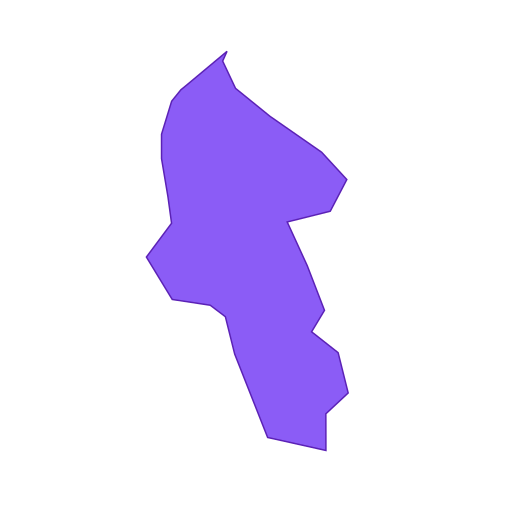 Jung-gu, Daejeon, South Korea, rotated 346°
{"feature_id": "91817680B30301323398004", "entity_name": "Jung-gu", "entity_type": "district", "adm_level": 2, "iso_a3": "KOR", "parent_name": "South Korea", "parent_adm1": "Daejeon", "projection": "albers", "projection_center": [127.417, 36.272], "detail": "fine", "context": "isolated", "style": "filled", "palette": "violet", "viewbox_px": 512, "rotation_deg": 346, "n_neighbors": 0, "source": "geoboundaries", "source_scale": "gbopen_adm2", "svg_char_len": 512}
<svg xmlns="http://www.w3.org/2000/svg" viewBox="0 0 512 512"><g transform="rotate(346 256 256)"><path d="M277.4,50.4L227.1,74.8L223.4,76.5L211.6,85.4L193.8,115.0L187.9,138.7L184.9,177.2L182.0,203.8L149.4,230.5L164.2,277.9L199.7,292.7L211.6,307.5L211.6,346.0L223.4,434.9L276.8,461.6L285.6,426.0L312.3,411.2L312.3,369.7L291.6,343.0L309.3,325.3L303.4,277.9L294.5,230.5L338.9,230.5L362.6,203.8L344.8,171.2L303.4,123.9L276.7,88.4L270.8,58.8L277.4,50.4Z" fill="#8b5cf6" stroke="#5b21b6" stroke-width="1.5"/></g></svg>